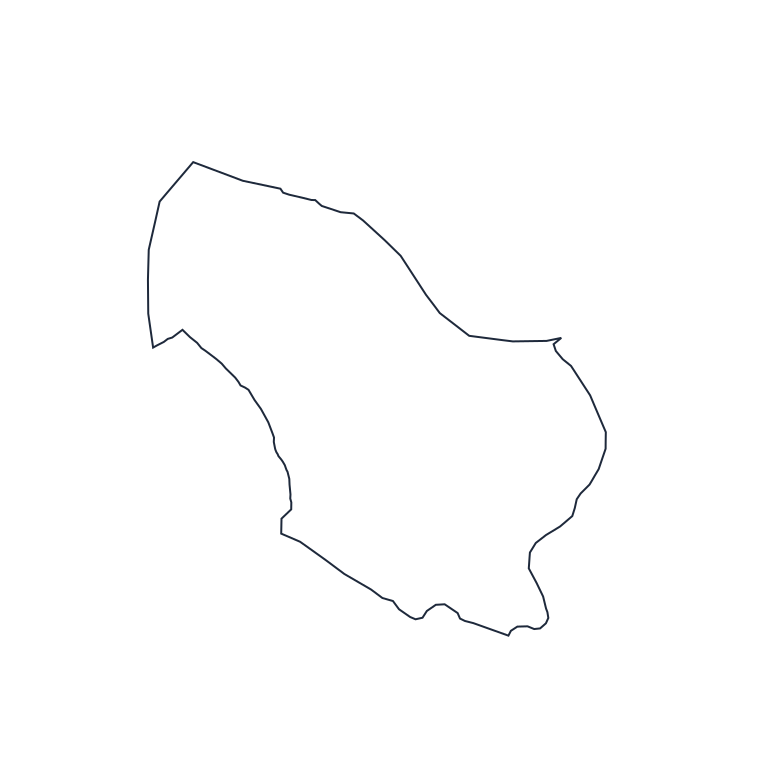 Surulere, Oyo, Nigeria, rotated 327°
{"feature_id": "59680162B17719625697929", "entity_name": "Surulere", "entity_type": "district", "adm_level": 2, "iso_a3": "NGA", "parent_name": "Nigeria", "parent_adm1": "Oyo", "projection": "natural_earth1", "projection_center": [4.404, 8.096], "detail": "fine", "context": "isolated", "style": "outline", "palette": "slate", "viewbox_px": 768, "rotation_deg": 327, "n_neighbors": 0, "source": "geoboundaries", "source_scale": "gbopen_adm2", "svg_char_len": 1833}
<svg xmlns="http://www.w3.org/2000/svg" viewBox="0 0 768 768"><g transform="rotate(327 384 384)"><path d="M507.8,412.2L481.7,390.0L480.1,385.4L469.4,354.9L468.9,346.9L467.8,332.1L467.8,312.9L467.8,309.3L467.8,285.6L462.9,263.8L455.5,235.4L451.5,224.5L441.2,216.3L428.8,200.8L427.9,197.8L426.5,192.3L423.4,190.2L417.7,184.1L407.6,173.6L403.6,168.6L403.5,163.8L376.3,136.7L357.5,111.2L344.8,94.0L305.5,105.7L295.2,108.8L280.3,123.4L259.8,143.3L242.8,168.0L224.6,196.6L210.2,227.7L214.7,228.0L222.3,228.8L227.2,228.4L231.7,229.7L244.5,228.8L246.8,239.0L249.1,245.9L249.7,247.7L250.4,254.4L252.2,258.6L254.5,264.9L256.9,271.6L259.0,278.6L259.8,284.8L262.7,297.6L263.1,303.1L262.9,307.1L265.5,311.3L267.2,315.1L266.7,326.9L267.2,337.9L266.1,353.1L263.7,364.3L262.6,369.0L260.0,372.6L257.5,378.8L257.1,380.1L256.6,382.7L256.6,384.9L256.2,387.0L256.7,391.3L256.8,393.9L256.6,398.1L255.9,400.9L255.4,403.1L255.3,405.0L252.9,412.0L250.0,416.9L245.4,425.7L243.0,429.0L241.8,432.8L237.9,438.6L224.7,441.1L216.3,453.5L227.7,470.6L236.6,493.2L239.4,500.4L247.3,521.8L261.2,549.3L266.1,562.6L273.3,570.9L273.9,581.1L279.0,593.6L282.3,598.5L289.0,601.0L296.3,597.7L307.2,597.4L314.9,601.8L321.0,616.2L320.0,622.1L322.8,626.8L328.7,633.2L351.3,662.8L356.0,660.1L363.7,660.1L372.4,665.4L376.5,671.3L381.8,674.0L389.4,672.9L389.6,672.8L394.4,669.7L396.8,664.3L397.6,660.6L401.7,648.9L403.6,634.0L405.0,617.5L407.2,614.6L412.0,608.2L414.6,604.8L424.7,600.0L437.5,598.9L454.0,599.4L464.0,598.1L470.0,597.3L476.4,592.0L482.9,585.6L489.3,582.9L501.6,580.3L506.1,578.1L510.8,575.7L517.7,572.3L526.2,565.6L534.6,559.0L538.7,552.8L543.8,545.2L548.7,517.0L550.7,505.8L550.7,491.4L550.7,484.0L550.7,483.2L550.7,470.7L547.4,460.6L546.1,449.9L547.9,443.0L557.8,441.9L543.8,436.4L515.2,418.4L507.8,412.2Z" fill="none" stroke="#1e293b" stroke-width="2"/></g></svg>